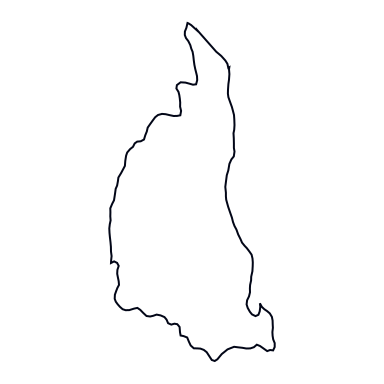 outline of V-1 Mahaica/Mahaicony, Mahaica-Berbice, Guyana
{"feature_id": "73187651B37503921444880", "entity_name": "V-1 Mahaica/Mahaicony", "entity_type": "district", "adm_level": 2, "iso_a3": "GUY", "parent_name": "Guyana", "parent_adm1": "Mahaica-Berbice", "projection": "robinson", "projection_center": [-57.895, 6.278], "detail": "fine", "context": "isolated", "style": "outline", "palette": "ink", "viewbox_px": 384, "rotation_deg": 0, "n_neighbors": 0, "source": "geoboundaries", "source_scale": "gbopen_adm2", "svg_char_len": 2844}
<svg xmlns="http://www.w3.org/2000/svg" viewBox="0 0 384 384"><path d="M115.8,301.7L117.7,304.3L119.9,306.8L122.6,309.2L125.6,310.2L129.3,310.1L134.1,308.6L137.4,307.9L140.3,309.9L143.1,312.8L146.5,316.0L150.1,316.5L153.2,315.8L156.6,314.6L160.6,315.4L164.5,317.1L166.6,319.7L168.1,323.2L171.3,324.6L174.4,323.7L177.3,324.2L179.6,327.0L180.0,332.2L180.6,335.5L183.6,336.1L187.2,337.5L188.9,341.7L190.7,345.5L193.8,348.3L197.3,348.4L200.4,348.6L203.8,349.9L206.7,352.2L209.5,356.5L211.8,360.0L214.7,361.0L217.4,359.3L219.7,356.5L221.8,354.0L224.2,352.1L227.5,349.4L230.5,348.2L234.1,346.8L237.9,347.3L242.4,347.8L246.3,348.5L250.3,348.4L253.9,347.2L256.8,344.7L260.0,346.0L263.0,348.1L267.2,351.1L270.1,350.0L273.1,350.4L274.7,347.0L274.7,343.1L273.2,339.4L272.6,335.8L272.4,332.1L272.9,327.8L272.7,324.2L272.6,320.6L271.9,316.9L269.8,313.4L267.1,311.1L264.3,309.2L261.8,306.8L259.9,303.3L260.3,306.8L259.7,311.4L258.4,314.8L255.5,316.1L252.0,314.4L249.9,311.8L247.7,307.9L246.6,304.4L247.1,300.3L249.0,296.4L250.0,292.3L249.9,288.4L250.1,285.0L251.1,280.4L251.2,276.7L252.4,271.3L252.7,266.3L252.8,262.4L252.5,258.5L251.6,254.7L249.6,251.8L246.8,248.1L244.6,245.8L242.0,242.6L240.6,239.3L238.2,234.5L236.4,229.5L234.5,226.0L233.0,222.0L231.9,217.6L230.5,213.6L229.4,210.4L228.2,206.9L227.3,203.7L226.2,199.7L225.9,196.3L225.9,192.7L225.3,186.9L225.9,182.1L226.8,175.2L228.3,170.4L229.4,163.9L231.4,159.4L233.8,156.4L234.5,151.5L233.9,148.0L233.9,143.5L233.8,138.5L233.5,133.2L234.2,129.8L234.5,125.1L234.3,119.4L234.0,115.0L232.9,110.7L231.9,107.0L230.2,102.3L228.4,97.2L227.9,93.6L228.0,89.7L228.4,84.0L229.0,79.7L229.4,74.1L229.0,69.2L229.3,67.3L228.3,67.9L227.4,63.8L225.4,60.6L221.3,56.0L216.2,51.7L197.0,29.9L197.0,30.4L191.2,25.1L188.5,23.4L187.5,23.0L186.4,27.8L184.9,31.5L184.8,35.0L186.0,38.1L188.3,41.1L190.3,45.1L191.3,48.7L192.6,51.8L193.3,55.9L193.8,60.5L194.4,64.9L195.2,68.8L196.2,72.8L197.0,76.1L197.2,80.1L196.1,84.3L193.0,84.7L189.9,83.8L185.5,82.6L180.6,82.3L176.9,85.1L176.4,88.5L178.5,91.9L179.3,95.1L179.8,98.5L180.2,102.5L180.1,106.7L181.1,110.9L180.3,115.3L177.2,115.9L173.7,116.0L169.9,115.2L165.6,114.2L162.0,113.9L158.0,115.0L155.2,117.2L153.1,120.0L150.0,124.3L147.7,127.6L146.8,131.5L145.3,135.2L144.0,139.5L140.7,141.3L137.2,141.6L134.7,143.4L133.0,146.8L130.1,149.1L127.2,152.5L126.1,155.7L125.3,160.8L124.9,165.9L123.1,169.3L121.2,172.9L118.4,177.5L117.9,181.3L117.1,185.6L115.7,188.8L115.1,193.2L114.6,196.5L114.0,200.3L112.2,203.8L110.3,208.3L110.4,212.2L110.3,216.4L110.6,220.4L109.8,224.2L109.3,228.4L109.5,232.8L109.9,237.1L110.5,242.3L110.9,246.8L111.0,251.6L111.6,256.1L111.2,259.7L111.0,263.0L114.1,261.4L117.1,262.9L118.7,265.9L117.4,269.9L117.2,273.8L117.9,277.4L118.7,281.3L119.0,284.9L117.4,287.9L116.2,291.0L114.9,294.7L114.7,298.8L115.8,301.7Z" fill="none" stroke="#020617" stroke-width="2"/></svg>